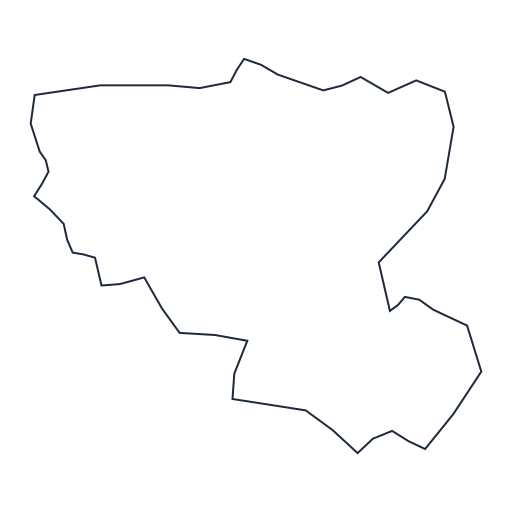 Floreşti, Robinson projection
{"feature_id": "MDA-1635", "entity_name": "Floreşti", "entity_type": "District", "adm_level": 1, "iso_a3": "MDA", "parent_name": "Moldova", "parent_adm1": "", "projection": "robinson", "projection_center": [28.303, 47.851], "detail": "fine", "context": "isolated", "style": "outline", "palette": "slate", "viewbox_px": 512, "rotation_deg": 0, "n_neighbors": 0, "source": "natural_earth", "source_scale": "10m", "svg_char_len": 771}
<svg xmlns="http://www.w3.org/2000/svg" viewBox="0 0 512 512"><path d="M427.2,211.3L378.7,262.4L389.9,310.9L397.8,305.2L404.9,296.9L419.2,299.7L433.4,309.8L467.1,325.6L481.3,371.6L453.3,414.1L425.1,449.0L408.7,441.3L392.1,430.9L372.9,438.7L357.6,453.1L332.7,430.2L305.7,410.4L232.5,399.0L234.3,373.6L247.3,340.8L214.9,335.0L179.6,332.9L162.0,308.5L144.2,277.4L119.7,284.1L101.5,285.5L95.0,257.7L83.4,254.4L72.7,252.6L67.2,239.9L63.7,223.9L49.9,209.4L34.1,196.2L42.1,183.6L48.5,171.7L45.8,160.3L39.7,151.6L30.7,123.6L34.7,95.0L100.6,85.3L167.7,85.3L199.6,88.1L230.4,82.1L236.9,69.7L244.1,58.9L261.0,64.8L277.8,74.6L323.3,90.4L341.9,85.6L360.6,77.0L388.1,92.9L416.2,80.4L444.9,91.7L453.6,126.8L444.7,178.9L427.2,211.3Z" fill="none" stroke="#1e293b" stroke-width="2"/></svg>